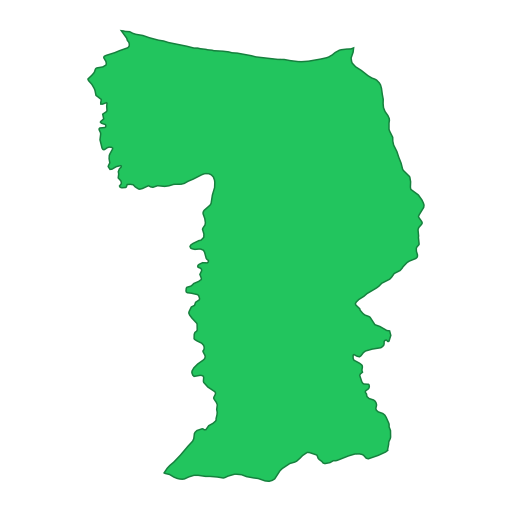 the district of El Porvenir, Atlántida, Honduras
{"feature_id": "27666195B30019857874789", "entity_name": "El Porvenir", "entity_type": "district", "adm_level": 2, "iso_a3": "HND", "parent_name": "Honduras", "parent_adm1": "Atlántida", "projection": "albers", "projection_center": [-86.935, 15.658], "detail": "fine", "context": "isolated", "style": "filled", "palette": "green", "viewbox_px": 512, "rotation_deg": 0, "n_neighbors": 0, "source": "geoboundaries", "source_scale": "gbopen_adm2", "svg_char_len": 6028}
<svg xmlns="http://www.w3.org/2000/svg" viewBox="0 0 512 512"><path d="M353.6,47.9L351.0,48.9L346.7,49.1L341.5,49.7L339.4,50.2L335.2,52.5L332.3,54.9L328.7,57.0L326.4,57.8L320.5,59.1L308.5,61.2L301.5,61.7L298.1,61.6L290.0,60.6L284.2,59.5L277.6,59.4L255.8,56.9L251.3,55.7L237.1,53.1L232.0,52.8L228.7,51.9L222.8,51.2L213.8,50.7L212.0,50.2L207.5,49.8L206.1,49.4L200.2,48.7L197.7,48.1L194.1,48.1L186.6,46.2L168.3,42.5L163.6,41.0L158.5,40.2L149.2,37.7L142.9,35.5L135.8,34.3L132.7,33.3L129.7,31.7L124.8,31.4L123.8,31.0L121.3,30.7L126.7,38.2L127.4,40.5L128.8,42.2L129.3,44.0L129.2,46.1L128.1,47.5L127.4,47.9L119.5,50.7L114.7,52.7L106.4,55.3L104.4,56.2L103.9,56.9L103.8,57.8L106.0,61.6L106.3,63.8L106.0,65.0L102.9,66.9L97.0,67.9L96.0,68.4L95.4,69.2L94.4,72.1L93.7,73.1L91.8,75.3L88.0,78.9L88.0,79.5L88.6,80.7L91.9,84.4L94.3,88.6L95.0,90.5L96.0,95.4L101.3,99.5L100.7,102.9L100.8,104.1L102.6,104.1L106.3,102.7L107.0,103.2L106.7,106.2L107.0,110.7L106.2,111.8L102.7,114.2L103.7,118.9L100.7,121.5L100.4,122.1L101.4,123.2L105.4,124.6L105.8,125.3L105.8,126.3L105.5,127.1L104.8,127.5L99.8,128.0L99.2,128.6L99.1,129.7L100.4,132.4L100.7,133.9L100.0,139.8L102.0,148.0L102.9,149.4L103.5,149.7L104.5,149.6L107.3,147.7L109.1,147.1L111.6,147.3L112.7,148.2L112.5,149.2L110.0,153.7L109.3,155.4L109.1,158.7L109.8,162.9L108.5,165.5L108.2,166.6L110.0,169.4L111.9,169.2L116.2,166.7L120.1,165.7L120.9,165.7L121.3,166.0L121.2,167.0L119.4,168.9L118.3,171.7L118.7,174.0L118.2,177.9L120.8,180.8L121.3,182.2L121.2,183.9L119.5,186.0L120.2,187.3L121.8,187.8L125.6,187.5L126.3,187.0L127.2,184.5L130.5,184.3L133.3,184.8L135.0,186.7L136.3,187.6L138.6,189.0L139.7,189.2L142.5,188.5L148.5,185.7L150.7,186.9L152.9,187.3L157.6,185.7L164.6,186.4L168.9,185.8L173.9,184.3L181.1,184.2L184.3,183.4L188.2,181.2L193.2,179.1L201.6,174.8L204.1,173.8L205.7,173.6L208.9,173.7L211.4,174.9L213.4,177.0L214.5,180.1L214.8,182.3L214.6,187.6L212.4,195.0L211.1,203.4L210.1,205.1L204.3,210.2L203.5,211.3L203.1,212.5L203.1,213.8L204.8,218.6L205.4,222.7L205.0,225.0L203.0,228.0L202.5,229.2L203.9,234.0L203.8,237.3L201.0,240.2L198.9,240.6L193.1,243.4L190.9,244.9L190.0,246.4L190.7,248.1L192.1,248.8L194.9,249.4L199.0,249.0L200.8,249.1L203.5,250.3L204.6,252.4L206.2,258.3L206.8,259.2L208.4,260.5L208.3,261.6L207.9,262.5L207.1,262.9L202.6,262.7L199.2,264.3L198.1,265.2L197.7,266.2L198.1,267.3L200.7,268.3L201.6,269.7L201.6,270.8L199.9,274.4L201.3,278.2L201.3,279.5L198.7,281.4L193.8,283.5L192.2,285.1L190.9,286.1L186.9,287.3L186.3,288.2L186.0,290.9L186.3,292.0L187.3,292.7L191.3,293.2L197.5,294.6L198.6,295.6L199.2,297.1L199.6,298.9L199.3,299.8L195.6,302.3L194.5,305.4L191.3,307.0L189.1,311.6L188.8,313.0L189.6,315.0L192.0,318.2L196.7,323.2L197.1,324.2L197.2,330.1L196.6,331.2L195.0,332.4L194.5,333.5L194.2,334.6L194.1,338.7L194.5,339.3L196.8,340.8L201.7,343.2L203.5,345.2L204.1,346.7L204.2,348.2L203.9,349.7L203.0,350.9L203.0,351.6L204.9,355.3L205.2,356.4L205.0,357.7L204.4,359.0L203.2,360.1L197.7,364.0L193.9,367.8L192.0,371.1L191.9,372.8L192.8,375.2L194.1,376.4L200.3,375.3L201.9,375.5L203.0,376.0L203.7,377.3L203.4,381.2L203.7,382.4L207.8,387.0L214.4,391.4L215.3,392.3L215.5,393.2L215.3,394.4L213.9,397.2L213.7,398.1L214.1,399.1L216.4,402.5L217.3,404.8L216.7,409.4L217.2,412.3L217.0,414.7L216.1,418.5L216.1,420.1L215.6,421.0L213.2,423.2L208.7,425.7L205.9,429.7L204.3,429.8L202.8,428.8L202.1,428.8L197.0,430.5L195.2,432.2L194.4,433.6L193.8,438.6L192.7,441.1L188.0,446.2L180.4,455.2L173.8,462.1L169.8,465.5L167.2,468.3L164.1,472.9L165.0,473.4L169.6,474.5L173.9,477.1L177.1,478.4L179.7,479.0L182.4,479.2L184.5,478.9L188.8,476.9L194.0,475.3L198.1,475.3L205.6,476.4L210.0,476.4L217.3,477.0L223.3,478.0L224.8,477.6L228.0,476.1L234.6,474.2L236.3,474.2L241.6,474.7L246.5,476.6L253.5,477.9L258.2,478.5L265.1,480.9L269.1,481.3L272.2,480.4L274.7,478.9L280.0,470.7L282.3,468.5L289.8,463.5L294.7,462.1L296.6,461.2L300.0,458.2L302.6,455.5L307.2,452.4L309.6,452.6L316.7,455.0L317.1,455.5L318.2,458.4L319.2,459.5L321.9,461.5L323.1,463.0L324.9,463.6L330.0,462.6L333.3,460.7L335.9,460.7L337.4,460.3L348.5,455.9L354.9,454.0L359.5,453.9L361.9,454.4L363.5,455.2L366.2,458.2L368.3,458.8L378.2,455.4L385.6,452.0L387.8,450.3L387.6,449.5L388.6,444.5L388.8,441.8L390.3,438.5L390.6,437.1L390.5,430.6L389.1,426.9L389.1,424.5L388.9,423.5L386.2,417.4L384.8,415.1L382.8,413.5L378.1,411.8L376.3,410.1L375.8,408.4L376.5,405.6L376.5,404.4L376.0,402.7L375.1,401.2L373.6,400.0L369.0,398.5L366.9,396.5L366.5,394.0L365.4,392.4L365.4,391.4L365.7,390.8L368.2,389.0L369.0,387.9L369.3,386.5L369.1,385.0L368.5,384.3L363.8,384.0L362.8,383.3L361.8,381.8L359.7,375.4L360.3,374.0L362.5,372.2L361.9,370.3L362.4,367.0L362.2,365.7L361.7,364.9L359.5,363.2L353.9,360.2L353.1,358.3L353.1,355.5L353.4,354.8L354.0,354.6L357.0,356.2L359.5,356.8L361.0,355.7L363.4,352.6L365.5,351.0L372.2,349.1L380.9,347.7L382.5,346.6L383.7,345.3L384.1,343.9L384.1,341.7L384.8,340.5L386.2,340.0L386.9,340.4L387.6,341.4L388.4,341.5L389.0,341.1L390.8,335.4L389.6,330.9L386.8,330.5L379.9,326.5L374.9,324.7L370.1,317.3L368.9,316.5L364.8,315.0L362.8,313.4L360.2,310.3L359.7,308.7L355.8,305.0L355.4,303.6L356.2,302.1L358.8,299.5L363.9,296.3L367.0,293.6L376.6,287.9L379.0,286.1L381.8,283.2L389.7,279.2L391.6,277.2L394.2,273.5L400.1,270.5L402.2,268.1L403.0,266.8L407.0,262.6L409.3,261.1L415.8,258.5L417.0,257.4L417.4,256.5L417.5,255.0L416.4,251.3L416.3,248.3L416.9,247.0L418.9,244.7L419.1,244.1L418.4,237.3L418.6,236.0L418.0,229.7L418.7,227.6L421.6,224.3L422.2,223.0L421.8,221.7L418.7,217.3L418.5,216.3L419.3,214.6L423.7,207.4L424.0,205.1L423.4,203.1L422.0,200.1L418.4,195.0L410.8,189.4L410.4,187.2L410.6,181.7L409.8,177.1L409.3,176.3L403.7,170.8L402.7,169.5L401.1,163.2L398.8,157.4L396.9,151.6L393.6,145.0L392.8,141.2L392.7,137.3L389.6,131.1L389.0,129.3L389.0,123.0L389.4,120.3L389.2,118.5L387.9,115.6L385.0,111.5L383.5,107.7L383.1,103.5L383.2,99.3L382.3,94.4L381.5,88.5L380.5,84.9L379.3,82.9L376.6,80.1L374.8,79.1L372.0,78.1L368.1,75.8L361.4,70.5L355.6,66.8L352.1,63.0L351.6,61.4L351.1,58.0L353.1,52.2L353.6,47.9Z" fill="#22c55e" stroke="#15803d" stroke-width="1.5"/></svg>